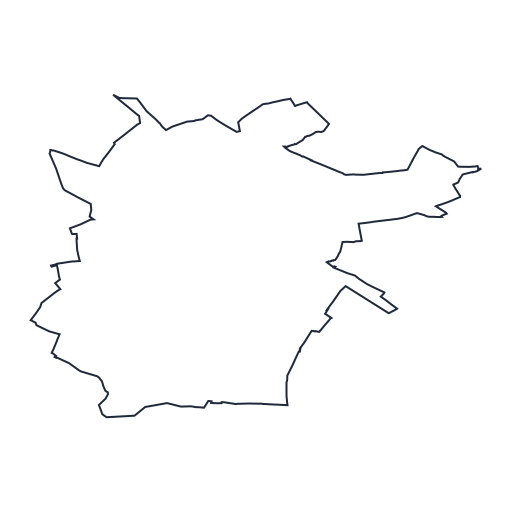 Jēkabpils, Jekabpils, Latvia
{"feature_id": "27541924B6022937125095", "entity_name": "Jēkabpils", "entity_type": "district", "adm_level": 2, "iso_a3": "LVA", "parent_name": "Latvia", "parent_adm1": "Jekabpils", "projection": "robinson", "projection_center": [25.88, 56.501], "detail": "fine", "context": "isolated", "style": "outline", "palette": "slate", "viewbox_px": 512, "rotation_deg": 0, "n_neighbors": 0, "source": "geoboundaries", "source_scale": "gbopen_adm2", "svg_char_len": 5874}
<svg xmlns="http://www.w3.org/2000/svg" viewBox="0 0 512 512"><path d="M50.1,152.0L49.6,153.6L56.1,168.6L61.3,183.9L63.1,188.4L64.7,190.2L78.5,197.7L90.7,203.9L91.3,210.1L89.6,216.5L93.6,219.4L90.6,219.6L80.2,224.5L69.9,228.3L70.0,228.6L71.6,233.0L72.2,234.1L76.6,233.9L77.1,238.7L76.5,238.7L76.6,239.9L76.6,241.6L76.7,242.7L76.9,245.3L76.9,246.4L77.0,247.9L77.1,248.9L77.3,250.7L77.5,251.5L77.8,252.8L78.0,254.1L78.4,255.5L78.6,256.6L79.8,261.0L78.4,261.1L74.3,261.4L72.4,261.5L71.1,261.6L56.8,263.8L56.1,264.3L54.9,264.6L54.2,264.8L51.0,265.6L51.5,266.6L53.2,266.2L54.9,265.7L56.9,265.2L57.7,268.9L58.5,273.4L59.1,276.9L59.9,279.6L55.2,283.1L60.3,289.1L58.7,290.0L54.9,292.6L51.4,295.3L47.2,298.6L41.5,303.0L40.2,307.1L35.8,313.5L30.7,320.2L35.6,322.7L36.5,325.2L49.1,331.3L59.6,334.3L59.1,335.3L58.4,337.2L57.4,339.4L56.4,342.2L55.8,343.5L55.1,345.3L53.8,348.3L53.7,348.7L51.7,352.8L53.1,353.6L56.0,355.9L54.7,357.0L56.4,357.9L56.9,357.6L58.7,358.4L69.1,363.2L79.1,370.4L80.9,371.4L95.9,375.9L96.9,376.1L99.0,377.6L102.0,381.4L102.8,384.2L103.2,385.6L103.8,387.1L105.2,390.5L106.1,391.3L107.8,392.3L107.9,394.4L105.5,398.7L103.3,400.8L98.9,405.0L102.4,414.3L106.5,417.2L107.0,417.2L134.5,415.7L145.2,407.0L167.0,403.1L181.0,406.6L190.8,406.3L192.3,406.5L193.5,406.7L195.3,407.1L199.8,407.3L204.0,407.7L208.3,401.0L211.5,401.3L211.2,403.0L216.4,403.2L217.9,403.3L219.1,403.2L220.8,403.2L221.5,403.2L221.6,402.2L223.7,402.2L234.7,403.9L235.9,404.1L236.2,404.1L237.3,403.8L246.1,403.6L246.9,403.5L261.4,403.7L262.1,403.8L262.4,403.9L275.7,404.6L276.7,404.6L287.5,405.2L287.1,402.3L286.5,395.8L286.5,385.8L286.5,382.5L287.2,380.1L287.3,375.7L292.8,364.6L297.1,355.1L298.7,351.7L298.8,351.6L299.8,351.7L299.9,351.4L299.5,351.3L300.1,350.0L299.9,349.9L300.4,348.6L300.0,348.5L300.3,347.9L304.1,342.8L307.2,337.9L307.5,337.3L311.7,330.8L313.5,331.1L315.1,331.4L315.3,331.1L319.2,331.9L319.9,331.0L321.7,328.9L322.5,327.9L330.6,318.4L331.2,318.1L331.4,318.0L325.1,313.8L327.8,309.5L327.1,309.6L328.8,307.2L329.7,306.0L333.0,301.6L340.4,291.0L345.6,286.1L388.4,313.0L388.8,313.2L394.6,310.2L397.1,308.7L390.2,303.6L389.1,302.7L386.9,300.9L380.8,296.6L383.8,293.6L384.4,292.5L382.4,291.5L372.2,286.7L366.9,284.0L363.4,281.7L358.8,278.7L355.7,276.2L355.1,275.6L347.2,273.1L333.9,267.7L335.2,266.7L334.3,266.4L333.8,266.9L331.9,266.1L326.8,262.2L328.1,261.6L328.6,261.3L329.1,261.4L330.6,261.4L331.3,260.8L331.6,260.9L331.9,260.6L332.7,260.4L333.0,260.6L333.2,260.3L333.6,260.1L334.9,260.1L335.8,259.2L337.0,257.4L337.6,256.4L338.1,255.6L338.6,254.1L339.7,252.4L339.9,252.2L340.6,250.2L341.5,246.5L341.7,245.3L342.6,242.0L346.6,241.8L349.0,241.9L353.8,242.1L355.7,241.3L360.5,241.1L361.8,240.8L360.7,235.1L359.1,226.6L358.6,223.7L363.9,223.1L368.7,222.5L370.1,222.3L374.4,221.6L392.2,219.5L393.6,219.3L397.0,218.9L398.3,218.7L401.5,218.1L404.5,217.4L405.8,217.0L407.1,216.6L408.2,216.2L409.6,215.7L416.9,213.1L421.8,214.4L424.6,215.3L427.0,216.4L428.3,216.6L428.7,216.7L429.4,216.8L430.3,216.8L431.8,216.8L433.6,216.8L435.1,216.9L437.2,217.0L437.8,217.0L439.6,217.1L441.8,216.9L441.5,216.6L441.4,215.9L443.3,215.0L446.4,213.8L446.7,213.7L446.1,212.8L435.9,206.3L437.6,205.6L439.8,204.9L442.5,204.0L447.1,202.4L451.9,200.5L453.0,200.0L455.1,199.1L460.1,197.0L460.1,195.6L459.5,195.1L457.3,191.5L456.7,190.6L455.5,188.7L453.4,185.1L453.3,184.6L457.8,182.7L458.6,181.5L459.7,179.0L462.7,174.5L465.3,173.8L472.2,172.1L472.4,172.4L477.0,171.2L481.3,168.6L478.2,168.9L478.3,168.4L477.6,166.1L474.7,166.5L470.5,166.8L468.5,166.9L466.0,166.8L462.2,166.8L458.1,166.6L457.0,165.2L454.9,162.4L454.1,161.4L449.6,159.1L444.9,156.7L442.8,155.4L442.0,154.5L435.6,152.4L428.9,149.6L422.9,146.3L422.8,146.2L422.3,146.0L421.9,146.3L420.9,147.2L419.3,148.5L418.4,149.4L418.2,150.1L415.5,154.8L413.6,158.1L412.1,161.0L407.6,169.6L405.6,170.1L402.8,170.4L400.6,170.6L395.9,171.2L392.1,171.6L386.9,172.1L383.6,172.4L382.7,172.4L382.5,173.0L380.5,172.9L363.3,174.8L355.4,174.6L353.4,174.4L345.8,174.9L344.8,174.4L344.0,174.2L342.6,173.2L337.0,171.0L322.0,164.8L311.1,160.5L311.4,160.2L303.1,156.4L302.3,156.6L301.2,155.9L299.6,155.0L290.3,151.3L288.7,150.3L285.4,147.9L284.0,146.5L284.7,146.5L285.4,146.6L285.9,146.9L286.2,147.0L286.7,146.8L287.6,146.8L287.7,146.4L291.1,145.3L292.4,144.9L293.1,144.7L293.8,144.6L294.6,144.3L294.8,144.0L295.0,144.0L295.8,144.2L296.2,144.1L296.5,143.9L297.5,143.2L299.1,142.2L301.1,141.0L302.3,140.3L302.7,140.0L303.2,139.5L303.6,138.8L304.3,138.1L304.8,137.3L305.2,136.8L305.5,136.8L306.0,136.8L306.2,136.6L306.4,136.4L307.1,136.1L307.6,135.9L309.1,135.8L310.3,135.3L311.7,134.6L312.7,134.1L313.4,133.6L314.6,132.9L315.7,132.1L316.6,131.9L318.6,131.7L321.0,132.0L322.5,131.6L323.5,131.1L324.4,130.2L325.4,128.8L326.7,127.1L328.0,125.3L329.0,123.9L307.5,103.1L307.0,102.2L301.9,103.7L299.2,104.6L297.3,105.1L296.3,105.5L295.4,105.9L294.7,106.3L294.5,106.5L294.6,106.2L294.6,105.6L294.5,105.2L294.2,104.5L293.7,103.7L292.6,102.1L291.5,100.5L290.4,98.6L289.8,98.9L282.6,100.1L277.2,101.4L273.2,102.2L268.8,103.4L264.7,103.9L262.7,104.3L260.1,106.2L256.4,108.7L255.0,109.6L249.5,113.3L241.9,118.6L238.2,122.3L239.9,131.1L236.6,131.9L224.0,124.6L217.0,120.2L211.0,115.7L207.9,115.3L202.5,119.3L198.7,119.8L198.4,119.9L195.9,120.3L195.1,120.4L194.3,121.0L187.1,121.6L172.1,126.7L166.0,130.1L163.0,127.4L161.1,125.3L159.9,123.3L159.4,123.0L159.1,122.8L157.6,121.2L156.0,119.6L155.3,118.9L146.5,111.1L144.7,108.6L139.8,102.1L136.9,98.5L125.0,98.2L123.1,98.2L119.3,97.9L113.1,94.8L128.2,107.1L137.6,114.9L139.1,115.8L140.1,123.1L137.1,124.7L135.6,125.9L129.4,130.8L123.8,135.2L114.0,142.8L114.7,144.2L108.2,153.0L107.4,154.0L105.4,156.6L103.7,158.6L101.4,162.2L99.2,166.2L86.7,162.8L81.8,160.9L76.9,159.2L70.9,156.8L64.0,153.9L59.7,152.4L53.3,150.4L52.3,150.4L52.2,150.3L51.6,150.2L50.6,149.9L50.3,150.0L50.4,150.5L50.1,152.0Z" fill="none" stroke="#1e293b" stroke-width="2"/></svg>